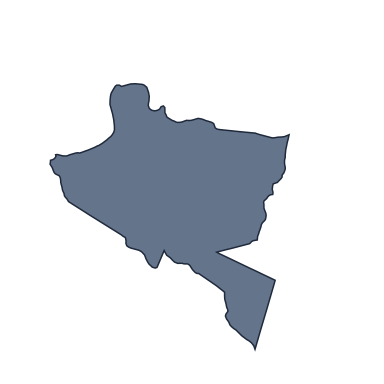 Glória, Bahia, Brazil, rotated 302°
{"feature_id": "56859067B59812868338387", "entity_name": "Glória", "entity_type": "district", "adm_level": 2, "iso_a3": "BRA", "parent_name": "Brazil", "parent_adm1": "Bahia", "projection": "mercator", "projection_center": [-38.437, -9.244], "detail": "fine", "context": "isolated", "style": "filled", "palette": "slate", "viewbox_px": 384, "rotation_deg": 302, "n_neighbors": 0, "source": "geoboundaries", "source_scale": "gbopen_adm2", "svg_char_len": 3307}
<svg xmlns="http://www.w3.org/2000/svg" viewBox="0 0 384 384"><g transform="rotate(302 192 192)"><path d="M246.1,146.4L244.5,144.6L243.4,142.9L242.9,141.6L242.7,139.3L242.2,137.1L242.2,131.1L243.8,129.0L244.8,127.1L249.2,124.2L249.8,122.1L248.0,120.6L245.1,120.6L243.1,119.5L241.1,117.5L240.0,114.7L240.0,112.9L240.5,111.1L242.2,109.1L244.5,107.9L246.3,107.3L250.4,105.1L253.5,102.3L256.8,98.2L257.3,94.9L257.0,93.0L256.3,91.6L253.8,86.6L251.1,82.7L244.2,76.3L244.1,73.7L242.7,71.5L241.1,70.9L237.5,70.9L233.2,71.1L231.3,71.6L229.4,72.4L225.7,74.3L222.7,76.1L216.2,83.2L211.6,87.5L206.6,91.4L203.4,93.4L201.1,94.0L198.1,94.0L195.9,93.7L194.1,93.0L190.9,92.1L185.7,90.1L181.9,88.2L180.9,87.3L178.6,86.0L175.6,83.9L172.9,82.0L165.5,76.1L164.9,74.6L163.5,72.8L158.7,68.5L156.3,66.8L154.2,63.4L152.4,57.8L151.3,56.6L150.2,57.7L148.8,57.8L147.3,57.6L145.6,56.7L143.9,55.2L142.3,56.1L140.4,56.9L139.5,58.7L138.7,60.4L137.1,62.5L136.0,64.0L135.3,65.2L135.0,66.9L135.2,68.7L135.4,70.9L134.2,72.8L132.5,74.3L130.6,75.6L129.1,77.1L127.7,78.7L126.2,80.1L125.0,81.2L124.1,82.4L123.0,84.2L121.2,85.8L120.4,87.6L119.9,89.5L119.3,90.7L118.4,92.5L118.2,117.0L118.2,118.6L118.2,155.1L117.9,156.9L118.1,159.6L115.7,161.9L113.3,163.3L111.8,165.3L111.7,167.6L112.1,170.1L113.1,173.3L114.5,178.0L114.6,180.9L113.5,185.1L110.9,188.5L108.9,192.0L108.1,193.7L107.6,196.4L107.2,198.1L108.0,201.1L109.5,202.3L127.6,199.4L126.8,200.7L125.0,204.0L124.8,207.0L124.7,208.4L123.9,211.4L123.3,214.3L123.9,217.7L125.2,219.6L126.3,221.5L126.7,223.0L127.5,224.5L128.7,226.3L128.7,228.6L128.1,230.1L127.2,231.9L126.3,234.0L125.7,236.3L125.4,237.7L125.6,239.5L126.4,240.7L125.5,261.9L124.3,272.7L122.7,273.7L121.0,274.8L118.7,276.4L117.0,278.1L116.0,279.3L114.8,280.5L113.8,281.4L112.7,282.4L111.4,284.3L110.0,285.7L106.3,285.5L104.5,286.1L102.7,288.5L101.2,292.1L99.4,294.6L98.7,297.1L98.3,299.9L98.3,302.3L97.2,307.1L96.4,310.6L96.2,313.4L95.9,316.2L96.0,319.5L95.6,322.4L94.3,325.9L92.0,328.8L112.1,323.1L132.0,317.6L151.8,312.0L158.2,310.2L161.2,309.3L159.5,294.1L158.9,288.6L158.7,287.0L157.9,280.4L155.7,260.7L154.3,248.6L154.1,246.4L154.1,244.8L159.8,250.2L162.1,252.4L164.5,254.8L178.8,268.3L181.5,268.8L183.0,269.6L184.4,271.1L185.9,272.8L188.0,271.7L189.7,271.0L192.1,270.6L193.9,270.0L196.6,269.5L199.0,268.9L200.8,268.2L202.6,268.0L204.5,268.3L206.0,268.7L207.7,268.8L209.6,268.1L211.4,267.3L213.1,265.9L214.8,263.6L216.5,261.5L218.6,260.2L219.8,259.4L221.0,258.3L222.5,257.8L224.0,258.2L226.0,258.8L227.9,258.8L229.5,259.1L231.3,260.1L232.7,261.8L234.1,261.2L235.5,260.0L236.7,258.7L237.9,258.1L239.6,257.3L241.9,256.5L245.3,259.3L247.3,259.7L250.4,260.4L252.3,260.5L254.3,259.4L256.4,259.8L259.0,259.4L261.1,258.8L262.8,257.6L264.3,256.1L265.9,254.9L267.7,253.8L269.5,253.1L271.0,252.6L272.3,251.7L274.9,250.4L277.8,249.0L280.9,247.9L282.2,247.4L284.5,246.5L285.9,246.1L287.2,245.7L289.4,244.9L292.0,244.0L288.1,241.2L286.4,239.2L284.1,235.9L281.7,233.2L280.6,231.7L280.0,230.1L276.9,220.1L276.2,217.8L275.4,214.2L274.2,212.0L272.1,207.7L271.2,206.0L266.1,195.7L265.0,193.4L259.6,182.4L258.6,179.8L258.7,177.6L259.6,176.6L261.5,174.1L261.5,171.8L260.6,168.2L259.9,166.0L259.6,164.1L259.3,162.5L258.9,161.2L257.7,158.2L252.8,153.8L251.5,152.3L249.8,149.3L246.1,146.4Z" fill="#64748b" stroke="#1e293b" stroke-width="1.5"/></g></svg>